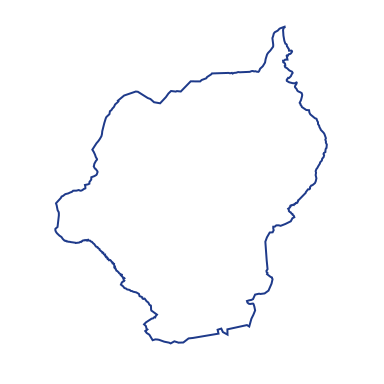 outline of Salciua, Alba, Romania, rotated 80°
{"feature_id": "2599482B68238246130084", "entity_name": "Salciua", "entity_type": "district", "adm_level": 2, "iso_a3": "ROU", "parent_name": "Romania", "parent_adm1": "Alba", "projection": "albers", "projection_center": [23.391, 46.392], "detail": "fine", "context": "isolated", "style": "outline", "palette": "blue", "viewbox_px": 384, "rotation_deg": 80, "n_neighbors": 0, "source": "geoboundaries", "source_scale": "gbopen_adm2", "svg_char_len": 5886}
<svg xmlns="http://www.w3.org/2000/svg" viewBox="0 0 384 384"><g transform="rotate(80 192 192)"><path d="M314.0,262.2L316.0,260.7L318.8,260.5L319.6,259.8L320.2,260.8L320.7,261.2L320.8,261.5L320.5,261.6L320.8,262.2L323.0,261.1L325.1,258.8L331.1,256.5L330.8,253.8L331.1,252.2L331.8,250.2L334.6,245.3L336.4,240.7L337.4,239.3L336.0,235.3L337.8,231.8L338.0,231.6L338.7,226.7L335.6,220.8L335.9,216.4L336.1,190.5L332.1,190.7L331.6,186.9L335.3,185.9L338.6,181.8L333.4,181.0L332.6,161.0L334.4,159.0L327.1,155.5L323.6,152.9L319.6,150.4L315.8,150.5L313.3,150.8L312.8,151.0L312.5,151.3L312.6,151.5L312.4,152.2L312.4,154.1L312.0,155.3L311.4,155.9L310.5,156.6L308.9,156.8L308.6,154.6L308.6,152.3L308.1,150.5L304.0,147.7L303.8,143.6L304.3,142.4L304.5,138.1L302.4,133.8L296.1,129.6L291.8,127.8L290.7,128.2L290.1,128.1L289.2,129.4L285.9,132.4L284.9,131.7L283.9,132.4L282.6,132.4L281.1,131.0L272.1,130.3L253.7,128.4L249.7,126.1L245.4,122.5L245.7,119.6L243.8,118.2L241.9,118.3L240.3,118.0L240.5,116.5L239.5,114.8L239.9,112.3L240.7,110.6L239.7,105.6L238.0,99.8L235.3,97.7L234.6,95.6L233.0,95.9L231.7,97.0L231.1,96.9L230.3,97.9L229.2,98.3L228.6,99.2L227.5,99.9L226.5,99.7L225.2,100.2L224.9,99.3L224.1,98.6L224.2,98.3L223.4,97.5L222.7,97.6L222.4,97.3L222.5,96.6L222.2,96.2L222.4,95.6L222.1,94.7L222.5,94.0L221.8,93.5L221.8,92.9L221.5,92.8L221.4,92.3L220.8,91.7L220.8,91.3L221.1,90.8L220.8,90.1L220.2,89.9L219.7,89.2L218.7,89.0L218.2,88.0L212.6,80.2L211.9,79.9L209.5,77.3L209.7,76.1L209.2,75.2L207.8,75.0L206.3,73.4L206.2,72.2L204.6,69.4L203.0,68.3L200.1,67.1L196.8,67.3L194.6,66.5L192.9,66.6L191.0,65.5L190.2,64.5L188.4,63.1L186.2,61.1L185.1,60.7L183.6,58.7L181.7,57.9L180.6,56.4L178.7,55.5L177.4,55.9L176.4,55.2L175.8,53.7L173.9,53.3L172.4,52.6L172.0,51.9L168.7,51.0L166.7,51.6L165.5,51.3L163.6,51.6L162.3,50.8L158.0,51.5L156.5,52.1L153.1,54.4L152.2,54.5L150.3,55.2L148.7,55.3L147.0,56.1L145.1,55.8L143.8,56.3L141.5,56.7L140.6,58.2L136.1,62.0L134.1,62.6L131.8,62.5L131.1,65.2L127.4,69.0L126.1,69.3L124.9,70.0L124.3,69.8L122.9,70.5L120.4,68.7L117.2,67.2L115.6,66.6L113.7,66.8L112.7,67.9L111.4,69.9L110.4,70.7L108.8,71.1L106.8,72.3L105.8,72.3L103.4,70.2L102.4,69.9L102.2,70.1L102.8,71.9L102.3,74.0L100.8,77.3L99.1,79.3L98.1,79.3L97.1,78.4L96.3,77.5L96.6,77.1L96.5,76.5L95.1,74.5L93.3,73.3L92.5,72.4L92.1,72.2L90.9,72.6L89.2,75.0L87.0,76.6L86.0,77.5L85.6,78.3L85.1,78.6L83.9,78.8L83.5,78.1L81.8,78.1L81.0,78.5L80.1,79.6L78.5,79.5L78.6,78.5L77.8,77.2L78.2,75.0L74.2,75.1L73.9,74.7L74.3,73.7L73.6,73.3L73.1,72.6L73.1,71.4L72.6,70.4L71.2,69.1L70.3,69.2L70.0,69.5L69.7,71.9L67.6,71.9L66.9,72.4L65.8,72.7L65.1,73.2L63.3,73.1L62.5,73.7L62.1,74.3L59.1,74.8L53.9,74.8L48.3,74.2L46.3,73.2L45.9,72.1L45.3,72.1L46.1,76.5L46.4,77.5L48.0,79.6L49.0,82.7L50.1,83.9L52.9,85.2L54.4,86.1L60.6,86.4L62.0,86.6L63.0,86.9L66.3,90.3L68.2,92.9L69.6,94.2L73.9,96.4L77.2,97.6L80.5,100.5L82.4,103.5L84.6,104.9L85.2,105.7L84.7,107.5L84.1,108.5L84.0,110.0L83.4,111.1L83.3,112.4L83.7,114.2L82.4,124.1L81.9,125.7L82.2,127.8L82.0,129.9L82.4,131.5L81.6,132.0L81.7,134.0L81.1,135.1L78.7,151.8L79.4,152.5L81.4,157.2L82.5,158.2L83.4,163.1L84.5,164.7L82.8,174.1L91.1,185.6L90.0,189.4L90.3,190.5L88.9,195.1L90.9,198.1L94.0,201.2L99.1,208.0L97.0,213.8L93.2,216.8L91.8,219.2L83.9,227.9L83.3,229.9L85.2,242.1L89.2,249.1L89.9,248.7L90.6,249.5L92.4,252.5L94.4,253.9L95.1,254.6L95.8,255.7L97.4,257.2L98.2,258.8L101.0,259.8L103.2,263.2L104.4,264.1L108.9,266.4L116.5,269.8L119.3,270.6L121.3,271.5L123.7,273.5L125.7,275.5L127.4,277.6L133.0,282.8L135.5,281.8L138.5,281.0L140.7,280.7L143.2,279.8L143.8,280.1L144.8,281.3L147.3,283.3L149.2,284.0L149.6,284.3L151.1,283.9L152.2,283.4L152.7,282.8L155.1,281.6L155.9,281.5L157.9,282.6L158.6,283.2L159.4,285.4L160.0,288.6L162.3,289.1L164.4,291.3L166.0,291.6L166.4,293.1L166.5,296.2L168.4,296.1L169.9,296.4L170.3,298.1L171.1,299.6L171.4,300.9L171.3,301.8L170.4,303.2L170.6,305.5L170.1,308.8L171.1,310.5L171.2,311.6L171.9,314.2L172.1,317.1L173.5,319.8L173.8,321.2L175.1,322.2L179.5,327.9L181.5,327.6L186.6,327.5L188.6,326.8L189.7,326.8L192.0,327.2L203.1,330.5L204.5,332.9L205.7,333.2L207.3,333.0L209.1,332.2L212.0,330.1L213.6,328.4L215.8,327.4L217.6,326.1L217.8,325.6L218.2,325.3L218.2,324.6L218.9,324.0L218.9,323.4L219.4,322.8L219.9,320.8L220.2,320.3L221.7,315.7L222.0,315.5L222.2,311.9L221.7,310.6L222.0,310.0L221.4,309.1L221.4,308.7L220.9,308.2L220.8,306.8L221.0,306.1L220.7,305.6L221.1,304.9L221.0,304.3L221.7,303.8L221.7,303.3L221.0,302.8L221.0,302.5L221.7,302.3L222.1,301.6L222.3,300.7L223.0,300.3L223.6,299.7L223.7,299.2L225.5,298.1L226.3,297.3L229.0,296.1L229.7,294.9L230.2,294.8L230.4,294.3L231.0,294.2L232.1,293.0L233.0,293.0L233.8,292.3L234.6,291.8L235.6,290.7L236.2,290.9L236.7,290.3L236.7,289.9L237.3,289.9L238.1,289.5L238.6,289.0L238.6,288.5L239.4,288.7L239.7,288.4L240.1,288.4L240.6,287.7L241.1,288.0L241.4,287.8L241.4,287.3L241.7,287.0L242.6,286.9L242.7,286.5L243.5,286.6L243.7,285.9L244.8,285.6L244.8,284.4L245.7,283.7L246.8,283.3L247.2,282.7L247.8,282.3L248.1,282.7L248.6,282.6L249.2,281.3L249.7,281.5L251.3,281.2L251.8,281.4L251.8,280.9L252.0,280.8L253.3,281.4L253.7,281.1L253.7,280.7L254.1,280.5L254.7,280.6L255.3,280.3L256.2,280.2L256.6,279.8L256.7,279.5L258.6,278.1L259.3,277.9L260.2,276.9L261.2,276.7L261.0,275.9L261.3,275.4L262.8,275.8L263.4,275.2L263.9,274.9L264.7,274.8L264.8,273.8L265.1,273.6L265.2,274.0L265.2,274.4L266.7,274.6L267.5,274.0L268.0,274.5L268.4,275.9L268.9,276.8L270.9,278.1L271.5,277.4L272.3,276.9L272.8,276.3L274.9,275.2L275.4,274.0L276.7,272.8L277.6,270.4L278.7,269.6L279.2,268.2L280.0,267.2L281.2,264.3L283.1,262.0L285.5,261.7L286.1,260.5L287.0,259.3L288.2,259.3L288.5,259.1L288.9,258.4L288.7,257.6L288.7,257.2L289.0,257.0L291.7,255.7L293.3,254.2L295.4,253.6L296.2,253.0L296.5,252.4L296.9,252.2L300.8,252.7L301.7,252.6L306.7,247.8L308.1,249.5L309.1,250.0L308.7,250.8L309.7,252.3L309.7,253.7L312.3,259.8L314.0,262.2Z" fill="none" stroke="#1e3a8a" stroke-width="2"/></g></svg>